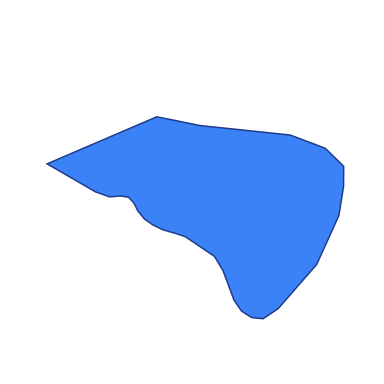 outline of Arima, rotated 293°
{"feature_id": "TTO-53", "entity_name": "Arima", "entity_type": "City", "adm_level": 1, "iso_a3": "TTO", "parent_name": "Trinidad and Tobago", "parent_adm1": "", "projection": "orthographic", "projection_center": [-61.284, 10.631], "detail": "fine", "context": "isolated", "style": "filled", "palette": "blue", "viewbox_px": 384, "rotation_deg": 293, "n_neighbors": 0, "source": "natural_earth", "source_scale": "10m", "svg_char_len": 504}
<svg xmlns="http://www.w3.org/2000/svg" viewBox="0 0 384 384"><g transform="rotate(293 192 192)"><path d="M161.3,47.6L247.5,130.2L256.2,173.1L282.8,260.2L284.3,297.6L274.9,321.6L256.5,329.3L227.7,336.4L174.1,335.1L118.1,316.8L103.1,306.9L99.7,296.0L101.7,284.2L108.8,273.0L131.8,251.2L141.5,237.8L148.3,202.9L147.3,191.7L145.8,180.2L146.4,168.6L148.6,158.7L153.5,149.4L159.0,143.0L162.4,135.7L160.5,128.0L155.3,118.1L154.4,103.0L161.3,47.6Z" fill="#3b82f6" stroke="#1e3a8a" stroke-width="1.5"/></g></svg>